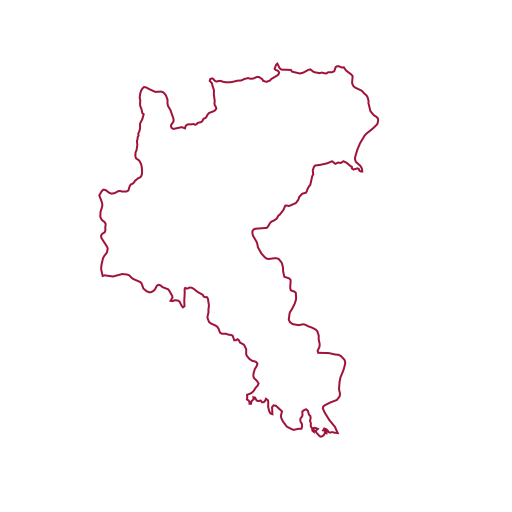 Várzea da Palma, Minas Gerais, Brazil (Mercator projection), rotated 165°
{"feature_id": "56859067B75648530569084", "entity_name": "Várzea da Palma", "entity_type": "district", "adm_level": 2, "iso_a3": "BRA", "parent_name": "Brazil", "parent_adm1": "Minas Gerais", "projection": "mercator", "projection_center": [-44.733, -17.417], "detail": "fine", "context": "isolated", "style": "outline", "palette": "rose", "viewbox_px": 512, "rotation_deg": 165, "n_neighbors": 0, "source": "geoboundaries", "source_scale": "gbopen_adm2", "svg_char_len": 6103}
<svg xmlns="http://www.w3.org/2000/svg" viewBox="0 0 512 512"><g transform="rotate(165 256 256)"><path d="M210.8,143.4L221.0,146.4L221.0,148.5L218.1,152.0L217.3,154.5L217.0,159.5L216.0,162.9L216.3,167.5L217.3,169.4L220.2,172.1L224.0,174.8L226.5,177.1L228.3,177.9L232.4,178.1L233.9,178.7L238.2,180.7L240.4,183.4L240.8,186.1L238.5,191.7L237.6,193.1L235.2,195.2L231.0,199.9L228.6,203.6L227.9,205.9L227.1,210.1L228.3,211.9L230.1,212.9L231.3,214.0L231.3,215.5L230.9,217.5L229.2,222.2L228.8,224.0L229.8,225.8L234.0,228.6L233.8,233.9L232.9,238.3L232.8,241.0L233.0,243.0L234.8,247.2L236.4,248.3L238.3,249.0L244.9,249.9L246.6,250.9L247.9,252.6L250.1,256.9L251.9,263.9L251.6,268.0L251.8,269.6L253.6,276.3L253.6,278.9L253.0,281.0L251.3,282.3L249.6,282.5L238.5,280.4L237.0,281.2L233.8,284.3L232.0,285.3L230.4,285.4L226.5,286.6L223.8,289.3L222.3,289.8L217.6,293.4L214.7,297.1L212.8,296.6L211.3,295.7L203.9,296.8L200.5,299.4L199.0,301.8L195.2,304.2L191.4,304.2L189.8,305.8L188.9,307.4L186.5,309.8L185.2,310.6L181.0,318.6L179.6,320.0L179.0,324.1L177.0,327.0L175.5,328.1L170.3,327.4L163.2,327.1L158.0,327.8L155.5,324.5L152.4,325.0L150.0,323.9L147.0,324.9L144.2,322.4L141.4,318.3L140.3,317.3L140.7,315.8L139.5,314.3L135.3,314.4L134.1,313.3L134.1,311.8L132.9,310.5L131.5,310.1L131.1,312.5L131.3,314.2L132.0,316.3L135.2,321.1L135.3,324.0L134.7,325.8L130.5,332.6L126.1,338.2L119.9,344.2L117.9,345.5L110.6,348.7L105.8,351.3L104.4,352.3L102.8,355.7L102.7,357.4L103.7,359.3L105.9,361.7L108.0,366.3L107.8,374.7L107.2,376.3L107.1,378.8L107.2,380.8L107.9,382.9L109.1,384.5L111.1,388.3L116.4,392.8L117.8,394.6L118.3,396.4L118.4,398.3L116.1,404.8L117.1,406.8L120.9,411.7L122.4,415.6L124.1,415.7L127.0,417.9L128.6,418.3L130.1,417.9L132.6,414.2L135.1,413.8L138.8,414.8L140.5,414.1L142.5,414.7L144.8,416.1L147.3,416.2L151.4,418.1L152.9,419.1L155.2,422.2L157.5,422.2L162.7,420.9L166.3,420.9L173.4,424.7L174.2,426.7L183.3,429.5L184.5,431.2L185.6,436.3L187.0,435.6L189.6,432.0L188.8,430.6L187.0,429.3L186.1,427.4L186.9,426.0L188.3,425.0L195.5,423.0L197.1,421.9L200.8,421.5L203.7,423.3L204.2,425.2L206.8,428.1L208.9,428.7L213.0,428.1L215.6,428.7L217.6,429.9L221.8,430.0L223.6,429.5L225.7,429.5L228.1,430.1L234.6,430.3L236.7,430.7L239.6,431.4L243.0,432.9L244.5,434.2L246.6,434.7L249.0,434.7L250.6,436.1L251.2,437.7L252.3,438.9L254.4,438.8L255.4,437.1L253.8,434.1L254.0,432.1L253.7,427.0L254.9,423.0L255.8,416.2L256.6,414.4L256.8,412.4L256.2,410.7L256.2,408.6L258.0,407.2L259.5,406.8L264.3,406.3L266.2,405.1L267.7,403.4L269.0,402.4L271.2,402.1L272.9,400.2L274.6,399.5L277.9,399.7L279.3,398.6L280.9,398.5L282.1,399.6L285.4,400.1L287.0,400.7L288.9,400.6L290.5,399.6L291.5,397.7L294.5,399.7L302.9,400.1L304.3,401.5L304.6,403.0L303.9,404.8L302.0,406.2L300.6,407.8L300.2,410.3L300.9,419.3L302.1,423.3L302.1,426.0L301.0,429.9L301.4,434.2L302.3,436.6L303.5,438.3L305.2,439.4L310.8,440.6L316.3,445.1L318.1,447.0L320.4,448.2L322.0,447.4L323.6,446.1L325.2,443.9L326.4,441.5L327.4,438.9L327.5,436.3L328.7,432.7L329.0,430.6L328.6,427.6L328.8,423.3L327.8,422.0L330.6,417.3L333.3,414.5L334.0,413.0L335.0,409.1L336.7,406.2L338.0,404.8L338.3,402.7L339.6,401.3L340.2,399.4L341.2,398.1L341.9,393.9L344.1,389.0L345.6,387.1L346.7,383.8L346.6,381.4L344.1,378.4L343.2,374.6L343.3,371.7L344.0,367.8L344.7,365.4L345.8,363.3L347.3,362.0L349.7,361.6L353.4,360.0L354.6,358.8L356.1,357.9L358.6,357.4L360.1,355.9L362.3,352.3L364.4,351.8L368.8,353.0L370.3,353.9L372.1,354.3L376.4,353.3L379.3,353.6L381.3,354.9L384.2,358.6L386.3,359.6L388.3,358.5L391.7,355.1L391.0,348.1L391.1,345.3L392.0,343.2L394.7,339.0L396.2,334.4L396.0,332.1L395.1,330.0L393.6,328.2L392.9,325.9L394.3,322.3L394.7,320.2L395.6,318.5L397.0,317.7L398.7,317.3L400.2,316.0L400.7,314.4L400.5,312.9L397.4,303.3L397.3,301.7L398.9,298.3L400.3,296.9L402.2,295.7L404.4,293.4L407.8,286.9L409.0,283.4L409.3,276.4L407.5,276.6L399.4,273.2L389.8,273.2L385.4,271.5L383.5,270.2L381.6,266.8L380.2,265.3L374.4,260.7L373.6,259.0L373.2,253.7L370.9,250.4L368.5,248.5L366.6,248.2L364.2,248.8L362.3,249.8L359.4,253.0L357.5,253.4L355.8,252.3L354.3,250.1L349.4,246.5L348.6,244.3L347.3,239.2L347.4,237.5L350.1,234.8L348.2,234.0L345.9,234.3L342.8,233.1L341.6,231.6L340.7,227.1L339.9,225.3L338.1,226.0L336.8,231.6L334.5,238.5L333.6,242.3L332.6,243.5L331.1,242.3L328.1,242.7L326.2,241.9L324.5,240.2L321.8,236.5L317.4,232.2L317.1,230.5L315.9,229.4L314.1,229.0L313.5,227.1L314.3,220.2L315.8,216.7L316.4,214.0L318.4,210.3L318.9,208.6L318.4,204.3L316.6,202.1L313.1,199.3L311.7,197.6L311.0,195.6L310.6,191.3L309.0,189.7L305.4,188.8L302.7,187.0L300.6,186.2L299.2,185.1L298.8,180.2L297.1,179.8L295.4,180.4L294.3,179.0L293.9,176.6L290.7,173.5L290.1,171.3L289.6,168.4L290.9,163.7L290.7,161.9L288.9,158.1L286.6,155.5L284.9,154.8L283.2,153.5L282.5,151.5L283.9,149.4L286.5,147.0L288.9,143.0L289.6,140.9L289.6,138.7L287.4,135.1L286.5,132.3L287.7,130.6L290.5,128.8L292.9,126.5L295.0,125.2L296.9,124.6L300.6,124.2L301.0,121.8L301.9,119.8L300.6,118.4L300.1,117.0L300.5,114.9L299.0,114.6L298.2,116.7L295.2,118.4L295.1,120.2L293.6,119.5L292.8,116.2L291.1,115.2L288.9,115.2L288.1,113.2L286.4,112.8L285.0,113.5L283.3,115.5L281.8,113.4L282.1,111.1L283.3,107.3L283.4,102.6L282.8,100.2L281.1,99.0L279.6,105.8L277.7,107.2L275.5,106.2L271.1,99.2L273.3,95.2L273.5,92.7L272.9,89.5L270.4,83.2L266.1,79.3L264.6,78.3L259.9,78.1L256.8,77.4L255.6,79.4L255.1,81.9L255.8,84.0L255.8,85.6L255.0,87.7L253.2,88.9L252.3,90.2L251.5,93.8L249.7,94.6L247.3,95.0L246.0,93.2L245.9,89.1L244.9,87.3L245.3,84.9L246.5,82.9L246.3,80.2L247.2,77.4L246.4,74.8L244.3,74.9L242.9,74.4L241.0,73.0L243.6,71.6L243.4,69.7L241.6,66.3L240.5,64.8L238.6,64.7L236.5,65.7L235.2,67.5L233.8,66.5L233.3,68.0L234.3,69.2L236.3,70.2L234.7,71.7L233.1,70.6L231.9,68.8L231.4,67.1L230.1,66.2L228.0,66.2L226.1,65.1L222.9,63.8L224.0,70.6L227.6,78.5L230.2,87.1L230.9,91.6L229.8,93.4L227.7,94.1L222.7,95.2L215.2,96.0L211.5,98.8L210.5,101.1L210.3,105.9L207.9,112.7L205.7,117.1L201.6,122.4L199.8,125.2L197.6,129.2L197.3,131.0L197.4,132.8L199.7,137.1L200.7,138.2L201.9,139.2L204.9,140.3L210.8,143.4ZM246.4,74.8L246.7,72.5L245.6,71.1L245.1,72.8L246.4,74.8Z" fill="none" stroke="#9f1239" stroke-width="2"/></g></svg>